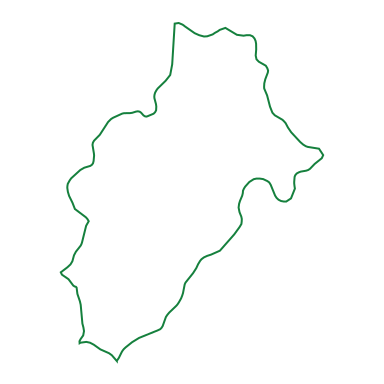 the border of Moquegua
{"feature_id": "PER-574", "entity_name": "Moquegua", "entity_type": "Department", "adm_level": 1, "iso_a3": "PER", "parent_name": "Peru", "parent_adm1": "", "projection": "orthographic", "projection_center": [-70.819, -16.889], "detail": "fine", "context": "isolated", "style": "outline", "palette": "green", "viewbox_px": 384, "rotation_deg": 0, "n_neighbors": 0, "source": "natural_earth", "source_scale": "10m", "svg_char_len": 2654}
<svg xmlns="http://www.w3.org/2000/svg" viewBox="0 0 384 384"><path d="M116.8,361.0L111.8,355.2L109.0,353.2L100.4,349.4L93.8,344.7L90.0,342.7L86.3,341.9L80.4,342.7L79.6,343.2L79.5,341.2L80.6,339.1L83.2,335.4L84.0,331.1L83.4,327.4L82.4,323.6L80.7,304.8L79.9,301.3L77.4,293.9L76.6,287.6L75.9,286.8L74.7,286.5L73.3,285.6L68.5,279.2L62.1,274.8L61.7,274.2L60.8,272.3L67.4,267.3L70.5,264.4L72.4,261.2L74.0,255.3L75.9,251.7L80.7,245.6L81.4,244.2L82.0,242.5L86.1,225.9L87.0,224.2L87.9,222.7L88.7,221.2L87.4,219.0L85.9,217.3L74.9,209.0L72.5,202.8L69.1,195.9L67.9,191.9L67.3,187.9L67.4,186.0L67.8,183.8L69.7,180.4L71.2,178.3L80.3,170.0L84.3,167.7L90.3,165.9L91.9,164.8L93.0,163.3L93.6,161.0L94.1,155.5L93.9,153.4L92.5,144.9L92.9,142.7L94.1,140.6L99.8,134.8L108.1,122.0L111.1,119.0L113.2,117.7L122.2,113.6L124.0,113.2L130.1,113.1L132.2,112.8L136.0,111.6L137.9,111.3L139.7,111.7L141.1,112.7L143.5,115.4L144.9,116.3L146.3,116.6L147.4,116.3L153.6,113.7L155.1,112.2L156.1,110.3L156.3,106.6L156.0,104.2L154.4,98.1L154.3,96.5L154.5,94.8L155.1,92.7L156.4,90.3L157.7,88.5L165.6,80.8L170.2,75.0L172.2,64.3L174.7,23.6L178.7,23.0L182.5,24.6L184.1,25.7L184.5,26.1L194.7,33.2L199.2,35.2L204.0,36.5L207.2,36.3L212.7,34.4L215.0,32.8L217.8,31.3L219.7,29.9L225.4,27.9L236.9,34.8L243.6,35.7L246.5,35.2L250.0,35.2L252.6,36.3L254.5,38.5L255.6,41.0L256.1,43.8L256.2,49.5L255.7,55.6L256.5,59.3L258.8,61.7L265.8,65.7L267.3,68.2L268.1,70.6L267.8,72.6L265.3,79.2L264.3,83.3L264.1,86.9L264.2,88.5L267.1,95.4L270.0,106.6L272.4,112.7L274.8,115.3L282.5,119.8L284.2,121.5L285.6,123.1L288.0,127.6L291.2,132.3L300.2,142.0L303.2,144.6L305.8,146.2L307.7,146.9L319.0,148.7L323.2,155.1L321.8,158.2L314.7,163.9L310.0,168.8L308.2,170.0L306.1,170.7L300.8,171.6L298.9,172.3L296.7,173.5L295.2,175.3L294.6,176.9L294.2,181.9L294.2,183.4L294.5,186.1L294.9,188.6L291.0,198.4L286.3,201.5L283.7,201.5L281.0,201.0L278.5,199.7L276.6,197.9L275.1,195.6L270.7,184.8L269.2,182.4L267.4,181.1L263.2,179.1L259.8,178.6L256.4,178.6L253.7,179.2L249.3,182.0L245.2,186.6L244.0,188.5L243.0,190.7L242.8,193.2L242.2,195.7L240.0,200.9L239.1,203.8L238.6,207.6L239.5,212.1L239.7,212.6L239.8,212.9L241.3,216.6L241.8,219.0L241.7,221.5L241.4,224.0L239.6,227.0L234.3,234.3L219.9,250.7L211.1,254.6L207.1,255.9L203.9,257.4L201.4,259.3L200.1,260.9L198.1,264.2L196.3,268.1L193.1,273.1L185.5,282.6L184.7,284.4L183.0,293.1L182.2,295.6L181.1,298.4L178.9,302.3L177.5,304.4L176.4,305.7L169.2,312.6L167.3,314.9L165.9,317.0L162.7,326.0L161.5,327.9L160.2,329.2L157.2,330.6L154.9,331.5L139.1,337.9L132.1,342.2L125.6,347.4L123.8,349.1L122.7,350.5L121.7,352.1L118.9,357.8L116.8,360.9L116.8,361.0Z" fill="none" stroke="#15803d" stroke-width="2"/></svg>